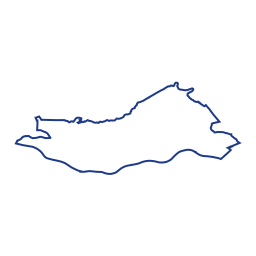 Buren, Gelderland, Netherlands, rotated 181°
{"feature_id": "6326949B23052371147455", "entity_name": "Buren", "entity_type": "district", "adm_level": 2, "iso_a3": "NLD", "parent_name": "Netherlands", "parent_adm1": "Gelderland", "projection": "robinson", "projection_center": [5.42, 51.93], "detail": "fine", "context": "isolated", "style": "outline", "palette": "blue", "viewbox_px": 256, "rotation_deg": 181, "n_neighbors": 0, "source": "geoboundaries", "source_scale": "gbopen_adm2", "svg_char_len": 5611}
<svg xmlns="http://www.w3.org/2000/svg" viewBox="0 0 256 256"><g transform="rotate(181 128 128)"><path d="M152.5,134.0L153.8,133.6L154.9,133.6L155.6,133.8L156.4,133.7L156.8,133.5L157.1,132.8L157.4,132.7L157.6,132.6L157.9,132.6L158.5,132.7L159.5,133.0L160.1,132.8L160.9,132.7L161.7,132.9L162.5,133.0L163.2,133.5L164.6,134.0L165.6,134.3L165.9,134.4L166.8,134.3L168.4,135.2L170.9,133.6L171.7,133.9L172.5,133.2L172.9,133.3L175.7,133.5L175.3,132.8L175.8,132.7L177.7,132.0L178.3,132.6L175.8,133.5L176.3,134.4L176.4,134.7L176.5,135.1L175.1,135.1L174.8,136.8L176.1,137.2L177.0,137.4L178.3,137.4L179.2,137.3L179.6,137.1L180.7,136.1L181.1,135.6L181.4,134.9L182.2,134.0L182.4,133.5L182.5,133.4L182.9,133.3L183.1,133.3L184.0,133.7L184.3,133.7L185.3,133.5L185.6,133.3L186.0,132.9L187.1,132.7L187.4,132.9L188.1,133.6L188.8,134.0L189.3,134.1L190.1,134.0L190.5,134.1L190.8,134.2L191.3,134.7L192.0,134.8L192.9,134.8L193.9,134.7L199.1,134.6L213.6,134.7L214.6,134.6L214.9,134.8L215.3,135.6L216.3,137.0L216.6,137.2L217.1,137.4L217.2,137.5L217.2,137.8L218.4,137.5L218.9,137.3L219.8,136.7L220.0,136.6L220.5,136.6L219.9,135.1L219.1,133.4L218.9,133.5L218.7,133.6L218.6,131.6L218.7,127.7L218.8,125.5L218.8,124.6L218.8,124.2L218.1,124.2L216.0,124.3L215.1,124.2L212.1,122.9L210.4,122.4L209.6,121.9L208.7,121.3L208.0,120.5L207.5,119.9L206.2,117.9L205.4,117.0L205.4,116.9L205.8,116.6L207.0,116.7L208.6,116.5L209.6,116.5L211.4,116.7L214.4,117.6L215.7,117.6L216.5,117.5L217.4,117.1L218.6,116.8L220.6,116.4L223.0,116.2L223.5,116.3L224.9,116.9L226.2,117.6L226.7,118.1L226.9,118.1L227.9,118.3L229.4,118.0L229.9,118.2L230.3,118.2L231.4,117.8L231.8,117.7L232.9,117.4L233.2,117.1L233.2,116.9L233.6,116.6L233.9,116.4L234.8,115.2L235.0,115.0L237.6,113.7L238.2,113.5L238.5,113.4L238.5,113.2L238.3,113.1L239.4,111.5L239.8,110.6L232.7,109.0L225.2,107.9L223.4,107.6L221.5,107.0L220.6,106.6L218.9,105.8L217.9,105.2L216.8,104.5L215.8,103.7L214.9,103.0L213.3,101.2L211.7,99.0L211.1,98.3L210.5,97.6L209.7,97.1L208.9,96.6L208.0,96.3L207.0,96.0L202.9,95.0L199.7,94.4L197.4,93.9L194.6,93.3L191.7,92.3L189.8,91.4L188.8,90.8L184.1,87.8L181.3,86.4L178.4,85.1L176.3,84.3L174.5,83.9L174.7,83.5L173.6,83.4L171.6,83.4L166.2,84.2L165.5,84.2L163.2,84.1L159.4,83.7L155.7,83.6L153.8,83.6L152.9,83.4L150.7,82.6L148.8,82.1L147.7,81.9L146.5,81.8L145.8,81.8L144.3,81.8L143.0,82.1L141.2,82.6L139.8,83.1L138.4,84.0L134.9,86.9L133.9,87.7L132.1,88.7L130.0,89.7L127.5,90.4L124.3,91.0L124.0,91.2L123.8,91.1L120.1,91.9L118.3,92.3L116.1,93.0L112.9,94.3L111.6,94.7L110.4,95.0L108.4,95.4L107.1,95.5L105.6,95.6L103.8,95.5L100.9,95.2L96.8,94.3L95.5,94.1L94.0,94.1L92.8,94.1L91.3,94.3L90.0,94.6L89.0,94.8L87.6,95.4L86.5,96.0L85.4,96.6L84.4,97.3L83.1,98.6L82.1,99.8L80.6,101.3L78.7,103.1L77.6,104.0L76.7,104.7L75.3,105.4L73.9,105.9L71.5,106.6L69.1,107.1L67.9,107.3L65.7,107.2L64.6,107.0L63.5,106.7L60.8,105.5L61.0,105.4L56.8,102.8L55.3,102.1L54.4,101.8L53.5,101.6L51.7,101.3L49.8,101.2L46.8,101.0L45.1,100.8L42.6,100.5L39.5,99.9L37.7,99.6L36.0,99.1L34.6,98.6L26.9,105.7L24.9,107.8L26.5,109.1L27.9,109.9L26.5,110.5L26.2,110.2L24.2,111.1L24.6,111.4L23.7,111.7L16.2,115.0L17.6,115.9L18.6,116.7L19.1,117.8L19.5,118.6L20.3,119.0L20.8,119.2L21.6,119.9L23.5,121.3L24.5,122.2L24.8,122.8L24.8,123.1L24.7,123.2L24.7,123.3L24.9,123.2L25.1,123.3L27.9,124.2L29.8,124.7L30.0,124.6L31.4,125.1L32.9,125.5L38.4,125.6L40.4,125.1L41.5,125.1L41.8,125.7L42.6,126.2L43.4,126.7L44.1,127.2L44.4,127.5L44.7,128.0L45.1,128.6L45.1,128.8L45.2,129.2L45.2,129.8L44.8,130.7L44.6,131.7L44.5,132.0L44.3,132.5L44.2,133.1L44.2,133.8L43.3,134.2L36.7,135.9L42.7,142.7L45.1,145.8L45.8,146.7L46.8,148.1L49.2,150.7L49.8,151.2L50.4,152.2L50.5,152.3L52.1,151.1L55.3,153.1L56.5,154.3L56.6,154.2L56.8,154.1L57.2,154.5L57.5,154.6L57.6,154.8L57.8,154.8L58.2,155.3L58.2,155.5L58.5,155.5L59.5,155.2L59.8,155.2L60.1,155.2L60.7,155.6L62.1,155.8L63.1,156.7L63.6,157.1L65.1,157.7L65.4,157.9L65.7,158.4L66.4,158.7L67.2,159.5L68.0,160.7L68.6,161.0L69.0,161.4L69.1,161.6L69.1,162.0L69.0,162.9L69.0,163.2L68.5,163.7L68.1,164.2L67.9,164.3L67.2,164.4L66.9,164.5L66.4,165.1L65.4,165.4L64.7,165.8L64.4,166.1L63.9,166.7L63.5,167.3L63.4,167.8L63.5,168.1L63.6,168.3L64.1,168.6L64.6,168.7L65.0,168.6L66.3,168.0L67.6,167.7L68.5,167.2L70.2,166.9L71.2,166.7L71.5,166.7L72.5,166.9L75.8,167.3L76.9,167.5L78.0,168.0L78.4,168.5L78.5,168.7L78.6,169.1L79.0,169.7L79.4,170.6L79.5,171.0L79.0,172.0L78.9,172.7L79.0,173.4L79.0,173.6L79.6,174.0L80.5,174.2L81.0,174.1L81.4,173.6L81.9,173.3L82.0,173.1L82.3,172.4L82.5,171.4L82.7,171.1L83.2,170.8L83.4,170.7L83.8,170.7L84.6,171.1L85.8,171.2L86.2,171.1L86.3,171.0L86.6,170.6L87.0,170.4L87.9,170.3L88.5,170.4L92.4,168.0L92.7,167.6L94.0,166.9L94.3,166.9L99.7,163.8L102.2,162.3L102.3,162.2L107.5,159.1L107.4,159.0L107.7,158.8L107.8,158.9L109.4,157.9L113.8,155.2L114.3,155.1L115.9,154.3L117.1,154.0L117.3,153.9L118.4,153.7L118.6,153.6L118.9,153.0L119.4,152.5L119.5,152.2L119.6,151.9L119.6,151.0L119.7,150.9L120.2,150.7L120.5,150.4L121.3,149.3L121.5,149.1L121.5,148.9L121.5,148.3L121.6,148.1L121.8,147.9L122.1,147.8L122.9,147.7L124.0,147.1L124.5,146.5L125.0,145.9L125.1,145.6L125.0,145.1L125.0,144.9L125.2,144.6L125.7,144.3L125.8,144.1L125.8,143.9L125.8,143.5L125.8,143.1L125.9,142.7L126.1,142.5L127.4,141.9L128.7,141.6L130.0,141.6L130.7,141.3L131.4,141.0L131.9,140.6L132.1,140.4L132.7,139.0L133.0,138.8L133.7,138.4L135.5,137.5L136.1,137.3L137.1,137.1L138.0,137.1L138.9,137.2L139.4,137.2L139.8,137.0L141.0,135.7L141.4,135.4L142.0,135.3L143.1,135.2L145.0,135.3L146.0,135.1L147.2,134.8L147.5,134.9L148.7,135.5L149.2,135.5L149.7,135.3L150.6,134.7L151.0,134.4L152.5,134.0Z" fill="none" stroke="#1e3a8a" stroke-width="2"/></g></svg>